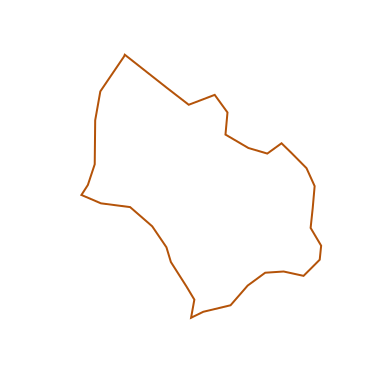 Skurup, Skåne, Sweden, rotated 131°
{"feature_id": "70781695B43697052539522", "entity_name": "Skurup", "entity_type": "district", "adm_level": 2, "iso_a3": "SWE", "parent_name": "Sweden", "parent_adm1": "Skåne", "projection": "mercator", "projection_center": [13.579, 55.488], "detail": "fine", "context": "isolated", "style": "outline", "palette": "amber", "viewbox_px": 384, "rotation_deg": 131, "n_neighbors": 0, "source": "geoboundaries", "source_scale": "gbopen_adm2", "svg_char_len": 621}
<svg xmlns="http://www.w3.org/2000/svg" viewBox="0 0 384 384"><g transform="rotate(131 192 192)"><path d="M287.5,110.2L275.0,104.9L252.2,88.6L226.1,88.6L204.9,83.8L191.9,70.7L182.1,52.8L166.7,51.7L159.3,51.2L147.8,59.3L141.3,78.9L125.0,90.3L107.1,103.3L104.3,109.4L98.9,121.2L97.3,142.4L96.5,156.4L113.6,160.4L121.8,178.3L126.7,204.4L108.7,217.4L103.8,238.6L128.3,251.7L129.9,279.4L132.5,332.8L134.3,332.2L176.2,327.2L201.4,312.1L234.9,283.6L255.0,275.2L266.8,273.5L260.3,253.3L244.0,228.8L244.0,199.5L250.5,175.0L258.7,162.0L266.9,134.3L271.7,119.6L287.5,110.2Z" fill="none" stroke="#b45309" stroke-width="2"/></g></svg>